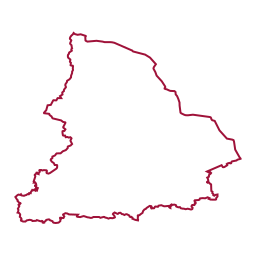 an SVG outline of Sverdlovsk
{"feature_id": "RUS-2386", "entity_name": "Sverdlovsk", "entity_type": "Region", "adm_level": 1, "iso_a3": "RUS", "parent_name": "Russia", "parent_adm1": "", "projection": "natural_earth1", "projection_center": [60.591, 59.024], "detail": "fine", "context": "isolated", "style": "outline", "palette": "rose", "viewbox_px": 256, "rotation_deg": 0, "n_neighbors": 0, "source": "natural_earth", "source_scale": "10m", "svg_char_len": 5712}
<svg xmlns="http://www.w3.org/2000/svg" viewBox="0 0 256 256"><path d="M25.5,221.5L23.0,221.5L21.0,220.6L20.9,220.0L21.5,219.4L21.5,218.9L21.0,218.0L19.8,216.8L20.2,214.8L20.1,214.3L19.1,213.0L17.6,212.6L18.2,211.5L18.4,209.8L17.9,208.8L19.3,206.2L19.3,205.9L18.6,204.9L20.1,203.9L20.5,203.3L20.2,203.0L18.9,202.7L18.4,201.7L17.6,201.1L17.7,200.2L17.1,199.7L15.4,197.0L17.4,195.2L18.4,194.6L20.1,194.9L20.9,194.3L21.2,195.2L21.5,195.4L24.0,195.8L24.8,195.4L26.3,195.0L27.5,194.1L28.8,194.3L29.1,194.0L29.2,193.1L30.7,193.2L30.8,192.2L32.2,190.0L32.7,190.4L33.1,190.1L33.8,190.1L34.4,189.5L35.1,189.3L35.4,189.7L34.4,190.3L35.3,190.4L35.7,190.8L36.3,190.4L37.0,190.6L37.2,189.8L37.0,189.3L35.9,189.0L35.8,188.5L36.0,188.3L37.7,188.4L37.8,188.1L36.2,187.7L36.0,187.3L36.3,186.2L35.0,185.9L35.0,185.5L35.8,185.2L36.2,184.5L35.9,183.4L35.5,182.9L34.0,182.7L34.6,182.0L33.7,181.4L35.3,176.5L35.3,176.1L34.7,175.1L34.8,174.7L35.9,173.9L36.5,172.7L37.1,172.7L37.3,173.4L37.8,173.9L38.5,174.1L38.4,173.6L39.8,171.7L39.3,170.6L39.4,170.2L39.7,170.0L41.4,170.0L42.2,170.5L43.8,170.1L46.4,170.3L46.8,170.6L46.9,171.1L46.5,172.4L46.6,172.9L46.9,173.2L48.5,173.6L50.0,173.0L56.3,168.7L56.9,168.0L57.1,167.5L57.2,165.8L57.1,165.2L56.4,165.0L54.7,165.0L53.8,163.1L51.7,161.6L50.7,160.0L50.9,159.2L52.3,158.2L52.4,156.6L54.7,155.6L55.3,155.1L56.1,153.9L56.7,153.4L60.6,153.3L62.8,151.3L65.8,150.1L67.7,148.1L67.7,146.9L67.9,146.5L70.6,145.5L72.1,144.0L70.5,140.9L70.5,140.4L71.5,138.4L71.3,138.0L70.3,137.2L68.8,137.6L67.5,137.0L65.7,137.2L65.1,135.6L63.3,135.6L62.9,135.2L62.5,132.8L62.5,131.3L63.0,131.0L64.4,130.9L65.4,129.3L63.4,127.7L63.2,127.1L65.3,123.1L65.4,122.6L65.3,122.4L63.0,121.9L61.1,120.4L52.8,118.4L52.1,117.7L51.6,116.5L49.6,115.0L49.3,114.0L49.1,113.8L44.7,113.3L44.1,113.2L44.0,112.8L44.9,111.6L46.2,110.3L47.6,105.3L50.8,104.9L53.2,100.4L53.6,100.2L55.8,100.4L56.4,100.3L57.6,98.1L61.2,98.1L60.0,96.1L62.5,94.5L62.2,92.8L62.4,92.3L63.9,91.1L63.9,90.2L64.1,89.5L65.9,87.3L65.9,86.9L65.3,85.3L65.4,84.3L66.9,82.1L67.1,80.8L69.5,79.3L71.0,77.4L71.1,75.6L72.1,73.1L72.1,71.7L73.0,70.0L72.8,68.6L73.0,66.1L72.7,65.7L71.3,65.6L70.6,65.2L70.9,62.7L70.0,61.9L69.9,61.4L70.3,60.2L70.3,59.5L68.2,57.7L67.9,56.9L67.9,55.4L68.1,54.7L68.9,53.8L69.0,53.0L69.2,52.5L71.8,50.7L71.3,49.5L71.4,49.1L72.1,48.3L71.8,47.5L71.5,45.2L70.3,44.0L70.1,43.3L71.3,40.4L71.0,39.9L70.0,39.0L69.9,38.3L70.2,37.3L71.3,35.7L72.9,34.3L73.6,33.0L74.9,34.1L77.6,34.8L80.7,34.3L85.7,35.9L85.8,36.3L85.4,36.9L85.3,37.5L85.5,40.5L85.8,40.8L87.4,41.6L96.5,40.8L102.5,41.6L104.5,42.1L109.7,42.1L112.1,42.3L114.4,42.8L132.3,50.6L132.7,51.2L133.2,51.5L145.1,54.6L150.0,57.6L155.9,64.2L154.0,66.9L153.5,68.1L153.5,68.7L155.4,72.2L156.6,75.6L161.8,81.3L165.1,86.4L165.3,87.1L164.6,88.2L164.6,88.6L165.3,89.0L166.7,89.3L169.5,90.6L170.5,90.9L174.5,91.1L175.5,92.0L175.7,94.4L177.1,96.1L178.3,98.9L179.5,102.5L179.6,105.6L180.5,112.6L181.2,113.3L184.3,114.8L185.6,115.2L187.8,115.3L192.9,114.7L209.7,117.0L210.6,117.3L211.1,118.1L211.5,119.4L212.2,120.2L214.7,120.9L219.5,130.4L226.9,138.6L232.2,139.6L233.5,140.1L234.0,141.5L235.2,149.6L239.5,157.2L240.6,158.6L240.6,158.8L237.4,159.7L236.5,160.5L232.0,161.4L231.3,162.2L231.2,163.1L230.9,163.3L230.1,163.3L229.3,162.9L227.4,163.5L226.8,164.0L227.3,164.7L227.3,165.2L224.4,167.0L223.7,167.2L222.8,167.1L221.6,165.2L207.0,171.5L208.2,172.1L208.7,172.5L210.3,172.2L211.1,173.0L210.8,173.5L209.1,174.9L208.9,175.5L208.9,176.7L207.2,177.6L208.0,179.0L208.3,180.9L207.0,182.0L207.0,182.3L207.8,182.8L208.8,182.5L209.2,182.6L209.9,183.7L210.8,184.1L211.1,184.5L211.3,190.5L211.3,190.9L212.5,191.8L212.3,193.1L213.3,194.0L213.3,195.2L214.3,195.7L215.4,194.9L217.5,194.5L217.5,196.5L216.2,198.1L216.1,199.4L215.3,199.7L210.6,199.6L208.8,198.9L209.4,198.1L207.6,197.3L205.2,198.3L202.7,198.1L200.1,198.4L199.8,198.6L199.5,199.6L198.7,200.0L194.8,200.3L194.5,200.7L194.8,202.0L195.6,202.4L195.7,203.1L195.5,203.5L194.7,203.8L194.7,204.6L194.4,205.0L193.9,205.1L192.3,205.0L191.8,205.5L191.5,206.3L191.6,206.7L192.6,207.8L192.3,209.0L191.8,209.3L191.0,209.5L187.7,208.7L185.7,209.2L183.9,208.7L182.8,208.7L180.7,208.2L179.9,207.1L178.3,207.3L176.4,206.6L176.1,206.3L176.1,205.4L175.7,205.0L174.2,204.6L172.6,204.9L171.6,204.4L170.9,204.9L171.2,205.8L170.3,206.5L170.4,208.0L169.7,207.7L169.0,206.9L169.0,205.9L164.6,206.3L163.8,206.2L161.3,205.2L158.5,205.7L157.9,206.8L155.6,206.5L155.0,206.7L154.1,208.2L153.3,208.3L152.4,208.0L151.8,208.5L151.4,208.4L151.0,207.7L151.0,207.2L151.5,206.5L151.3,206.2L149.7,205.9L146.5,208.0L145.8,208.9L144.5,209.4L143.1,211.0L142.5,212.9L140.3,214.4L139.5,215.2L138.0,215.3L137.7,215.9L138.0,216.8L137.7,218.2L138.1,219.6L138.0,220.4L135.4,219.9L132.4,218.7L132.6,217.9L132.4,217.6L131.2,216.8L130.5,217.1L129.6,216.6L129.3,215.5L127.0,214.3L126.4,214.2L125.5,214.4L124.4,215.0L123.0,214.2L121.9,214.1L120.5,212.8L119.0,212.9L118.0,213.8L117.5,213.9L114.6,212.5L113.1,213.6L112.9,214.1L114.5,216.1L114.9,217.3L114.6,217.6L112.6,218.2L110.0,218.0L108.5,218.6L106.5,217.8L105.2,217.6L104.5,217.0L103.7,216.9L100.3,217.8L99.4,217.1L98.7,217.0L93.4,217.0L91.9,217.8L90.5,217.9L89.1,217.5L87.5,217.3L84.2,216.2L83.5,216.1L80.1,217.1L77.5,216.8L76.9,216.5L77.0,215.8L77.9,214.7L69.0,214.4L67.3,213.5L65.4,213.2L63.1,214.5L63.1,214.9L64.3,216.4L63.5,218.0L63.0,218.1L61.9,217.8L60.2,217.7L60.0,217.9L60.1,218.6L60.8,219.2L60.4,219.9L60.3,221.1L58.9,222.4L58.2,222.7L55.6,223.0L53.6,222.7L53.0,222.3L52.5,221.2L49.9,220.2L49.4,219.5L48.5,219.4L46.3,219.9L45.5,221.1L44.4,221.7L44.3,222.6L43.6,222.8L42.7,222.6L42.3,221.0L41.9,220.9L41.3,221.3L40.3,221.2L36.8,220.1L36.0,220.8L32.4,221.0L31.7,220.2L29.7,219.8L26.7,220.4L25.5,221.5Z" fill="none" stroke="#9f1239" stroke-width="2"/></svg>